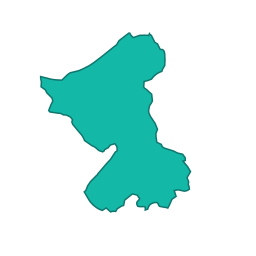 Izra', Dar`a, Syria (Mercator projection), rotated 239°
{"feature_id": "27442178B99944519185371", "entity_name": "Izra'", "entity_type": "district", "adm_level": 2, "iso_a3": "SYR", "parent_name": "Syria", "parent_adm1": "Dar`a", "projection": "mercator", "projection_center": [36.034, 32.866], "detail": "fine", "context": "isolated", "style": "filled", "palette": "teal", "viewbox_px": 256, "rotation_deg": 239, "n_neighbors": 0, "source": "geoboundaries", "source_scale": "gbopen_adm2", "svg_char_len": 4236}
<svg xmlns="http://www.w3.org/2000/svg" viewBox="0 0 256 256"><g transform="rotate(239 128 128)"><path d="M197.8,194.9L196.7,193.5L198.7,190.5L201.4,185.8L202.8,179.1L205.4,178.4L206.8,178.3L208.4,178.4L208.9,177.6L207.5,165.3L205.2,161.1L204.9,158.1L204.1,152.1L203.0,144.3L201.7,132.8L201.4,127.5L201.4,126.6L201.9,119.7L202.5,115.2L205.1,106.9L204.9,103.7L203.1,95.9L206.4,91.0L209.4,87.2L212.8,83.9L217.1,79.6L215.5,78.7L212.4,77.6L211.9,77.3L211.4,77.0L208.1,74.7L203.3,76.8L200.0,76.5L192.8,78.3L189.8,77.4L187.7,74.1L183.8,69.0L182.0,69.3L177.1,75.2L175.0,78.0L172.6,79.3L171.0,81.7L167.1,84.3L163.6,84.7L162.2,83.0L159.6,82.5L152.2,83.6L145.5,84.7L142.4,84.7L139.6,84.3L131.4,88.0L128.7,89.8L123.6,91.5L120.6,94.0L120.6,95.6L121.5,96.8L121.3,100.8L122.5,104.1L121.3,108.7L117.7,108.9L114.1,107.0L113.9,104.7L110.1,96.8L108.5,91.2L104.8,80.2L104.4,78.8L103.5,77.3L103.5,76.5L101.4,68.3L99.3,63.8L96.2,59.7L95.8,57.6L86.5,57.5L86.3,57.5L86.1,57.5L85.9,57.5L85.7,57.6L85.4,57.6L85.0,57.6L84.7,57.6L84.4,57.7L84.2,57.7L83.9,57.7L83.7,57.7L83.5,57.8L83.4,57.8L83.2,57.8L82.9,57.9L82.7,57.9L82.3,58.0L82.2,58.0L81.8,58.1L81.7,58.1L81.3,58.2L81.1,58.2L80.9,58.3L80.7,58.3L80.4,58.4L80.2,58.5L79.7,58.6L79.4,58.7L79.1,58.8L78.8,58.9L78.5,59.0L78.3,59.1L78.1,59.2L77.8,59.3L77.5,59.4L77.2,59.5L76.8,59.7L76.5,59.8L76.2,59.9L76.0,60.0L75.8,60.1L75.5,60.3L75.2,60.4L75.0,60.6L74.7,60.7L74.5,60.8L74.3,60.9L74.0,61.1L73.7,61.2L73.5,61.4L73.3,61.5L73.1,61.6L72.9,61.8L72.6,62.0L72.4,62.1L72.2,62.2L72.0,62.4L71.7,62.6L71.5,62.8L71.3,63.0L71.1,63.1L70.9,63.3L70.6,63.5L70.7,68.1L65.0,69.9L65.0,70.1L65.0,70.3L64.9,70.4L64.9,70.6L64.8,70.9L64.8,71.0L64.7,71.2L64.7,71.3L64.6,71.5L64.5,71.8L64.4,72.0L64.3,72.3L64.2,72.4L64.2,72.5L64.0,72.8L63.9,73.1L63.7,73.4L63.6,73.5L63.4,73.8L63.2,74.0L63.0,74.3L62.9,74.4L62.8,74.5L64.3,77.2L64.4,82.2L63.9,84.4L67.9,88.0L69.2,97.8L65.9,101.2L64.6,101.5L63.8,101.3L62.8,101.4L62.1,101.7L61.6,101.7L61.0,100.8L60.3,98.8L60.3,98.4L59.6,97.2L58.2,96.3L56.0,96.0L54.7,97.3L53.2,99.7L52.4,101.3L51.2,102.0L48.8,100.5L48.3,103.1L48.6,103.4L48.7,103.6L48.9,103.7L49.0,103.9L49.2,104.1L49.3,104.3L49.4,104.5L49.6,104.6L49.7,104.8L49.8,105.0L50.0,105.2L50.1,105.4L50.2,105.6L50.3,105.8L50.4,106.0L50.5,106.1L50.6,106.3L50.7,106.5L50.8,106.8L50.8,107.0L50.9,107.3L50.9,107.5L51.0,107.7L51.0,107.8L51.0,108.0L51.0,108.3L51.0,108.6L51.1,108.8L51.1,109.1L51.0,109.4L51.0,109.5L51.0,109.8L51.0,110.0L51.0,110.3L50.9,110.4L50.9,110.6L50.9,110.9L50.8,111.0L50.8,111.3L50.7,111.4L50.7,111.5L50.6,111.8L50.5,112.0L50.4,112.3L50.3,112.6L50.2,112.8L50.1,113.0L49.9,113.3L49.8,113.5L49.7,113.6L49.7,113.8L49.5,114.0L49.4,114.1L49.2,114.3L48.9,114.5L48.6,114.6L48.4,114.7L48.3,114.8L48.2,114.8L47.9,114.8L47.7,114.8L47.4,114.8L47.2,114.8L47.1,114.7L46.9,114.7L46.7,114.6L46.4,114.5L46.2,114.5L45.9,114.5L45.7,114.5L45.4,114.5L45.2,114.6L44.9,114.7L44.7,114.8L44.4,114.9L44.3,115.0L44.2,115.1L39.2,120.8L38.9,120.9L40.5,123.6L44.3,129.0L44.6,134.0L50.6,135.4L49.2,139.1L44.8,143.8L43.9,146.4L43.9,149.1L46.8,150.3L48.3,150.4L50.7,152.3L55.0,153.0L58.4,159.1L63.7,159.2L71.3,158.1L70.6,160.4L73.1,161.7L77.4,161.3L81.1,157.5L84.8,155.2L92.4,148.5L94.6,147.7L96.8,148.1L100.5,145.6L101.0,145.4L106.3,147.6L108.9,149.1L111.7,152.6L117.9,153.6L126.7,153.2L130.8,153.8L132.4,154.7L135.8,157.7L138.1,162.2L139.1,163.1L144.8,165.7L148.6,164.5L151.5,163.7L153.3,162.7L155.1,162.6L159.6,165.8L158.4,169.6L157.8,173.4L157.9,173.7L158.0,173.8L158.1,174.1L158.2,174.3L158.3,174.5L158.4,174.9L158.5,175.1L158.6,175.4L158.7,175.6L158.8,175.9L158.8,176.0L158.9,176.4L158.9,176.5L159.0,176.8L159.1,177.0L159.1,177.3L159.2,177.5L159.3,177.9L159.3,178.1L159.3,178.3L159.4,178.7L159.4,178.8L159.5,179.1L159.5,179.4L159.5,179.6L159.5,179.9L159.6,180.0L159.6,180.3L159.6,180.7L159.6,180.9L159.6,181.1L159.6,181.3L159.6,181.5L159.6,182.0L159.6,182.4L159.6,182.5L159.6,182.8L159.6,183.2L159.5,183.3L159.5,183.7L159.5,183.8L159.5,184.1L159.4,184.4L159.4,184.5L159.4,184.8L159.3,185.0L159.3,185.3L159.2,185.5L159.2,185.8L159.1,186.2L160.2,187.3L162.7,191.7L167.0,194.6L172.9,197.8L175.3,198.5L177.4,198.1L178.6,196.3L178.8,196.1L184.9,196.6L187.5,195.1L195.2,195.7L197.5,194.9L197.8,194.9Z" fill="#14b8a6" stroke="#0f766e" stroke-width="1.5"/></g></svg>